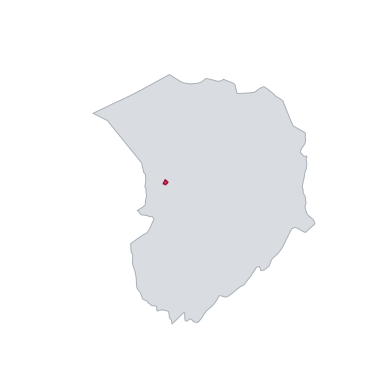 Ethiopia, with Harari People highlighted, rotated 207°
{"feature_id": "ETH-3136", "entity_name": "Harari People", "entity_type": "Administrative State", "adm_level": 1, "iso_a3": "ETH", "parent_name": "Ethiopia", "parent_adm1": "", "projection": "equal_earth", "projection_center": [42.189, 9.287], "detail": "fine", "context": "in_parent", "style": "filled", "palette": "rose", "viewbox_px": 384, "rotation_deg": 207, "n_neighbors": 0, "source": "natural_earth", "source_scale": "10m", "svg_char_len": 4148}
<svg xmlns="http://www.w3.org/2000/svg" viewBox="0 0 384 384"><g transform="rotate(207 192 192)"><path d="M105.4,273.0L105.2,272.6L103.7,271.1L102.4,269.0L101.5,266.7L100.7,264.9L100.4,260.7L99.4,258.2L98.4,255.0L96.9,249.1L96.3,247.0L95.1,245.6L93.9,244.3L92.6,241.7L89.2,239.4L87.9,237.5L85.7,234.4L85.1,232.8L85.0,231.2L84.3,229.7L83.1,228.1L79.2,224.5L78.1,224.0L76.7,223.6L74.6,223.3L71.9,222.5L69.5,221.1L68.4,220.1L68.2,219.4L68.4,218.2L69.3,216.2L71.0,211.6L72.2,208.3L72.9,207.4L75.1,207.2L77.3,207.3L78.9,207.5L81.3,207.5L84.0,207.3L85.1,206.2L86.0,205.0L86.4,204.2L86.5,202.1L86.5,200.4L86.4,194.0L86.3,190.0L86.3,185.5L86.3,184.6L86.3,183.5L87.0,178.7L87.7,175.9L88.1,174.5L89.9,169.9L90.3,168.4L90.3,167.1L89.7,161.0L90.9,158.1L92.4,155.2L93.6,154.0L94.7,153.2L95.2,153.5L96.4,154.8L98.0,156.1L98.7,155.8L99.8,154.7L100.6,153.5L100.5,151.3L101.3,146.9L101.2,144.4L102.0,141.2L102.9,136.7L103.3,133.9L103.8,132.4L106.1,129.3L108.1,124.9L109.4,121.7L111.9,116.5L113.1,114.6L114.1,113.8L115.6,113.2L118.3,112.8L120.3,112.3L120.6,111.6L120.8,110.6L120.8,108.2L121.2,104.2L122.1,100.3L123.2,97.3L123.7,96.0L124.4,94.7L125.1,92.5L126.1,87.7L126.1,84.5L127.4,78.6L127.7,78.5L130.0,77.4L132.1,77.3L134.2,78.0L135.6,78.2L136.3,77.8L136.8,76.9L137.4,75.3L138.3,74.4L139.4,74.2L141.0,76.0L143.5,80.8L144.1,81.0L144.5,80.9L145.8,77.1L146.8,74.2L148.7,68.6L149.8,65.5L150.7,66.4L151.7,68.0L152.8,68.8L154.0,69.2L154.5,69.3L155.2,69.9L157.8,73.9L158.7,74.8L159.8,74.9L164.9,73.6L167.9,71.3L168.4,70.4L169.2,70.4L170.2,71.4L170.6,72.4L171.2,73.7L172.4,73.9L175.3,72.9L176.7,72.4L177.9,72.9L179.4,73.2L180.3,73.2L182.6,74.5L185.3,74.1L186.6,74.2L187.9,74.7L190.1,76.8L192.9,79.3L196.9,81.0L197.7,81.8L199.6,84.6L202.6,90.0L206.6,95.2L210.9,99.4L213.2,102.2L214.7,105.7L216.2,108.9L217.8,110.2L219.2,111.3L220.7,113.7L221.8,115.8L223.2,118.1L221.6,121.2L219.5,125.4L216.9,130.3L216.2,131.5L214.0,134.5L213.6,135.3L213.2,137.5L213.1,141.4L213.4,146.3L213.7,150.9L214.9,151.5L216.3,151.8L217.9,151.2L219.7,150.7L222.1,150.4L224.7,149.5L226.2,148.7L227.8,148.8L229.2,149.6L229.9,150.3L230.9,150.5L232.2,150.5L231.9,151.4L231.2,152.6L230.3,153.9L229.6,155.2L227.9,158.9L227.8,159.4L228.0,160.1L229.0,161.8L229.9,164.5L230.5,167.0L230.9,168.2L232.0,169.6L233.7,172.4L234.6,174.3L236.5,175.3L237.1,177.8L238.5,181.4L240.0,184.2L241.5,186.5L243.1,187.3L243.7,187.4L247.2,191.5L249.8,194.7L250.4,195.2L255.1,197.3L260.5,199.7L264.8,201.6L270.3,204.0L275.7,206.4L280.8,208.7L288.0,211.9L293.8,214.5L298.3,216.6L299.3,217.2L315.8,217.2L311.8,222.5L307.2,228.5L302.4,234.8L299.3,238.8L294.3,245.3L290.2,250.6L286.0,256.5L282.2,261.8L277.2,269.1L274.0,273.9L268.9,281.3L265.7,286.0L265.3,286.3L260.7,285.9L256.3,285.6L250.6,285.1L250.0,285.1L248.3,285.6L247.3,286.0L243.2,287.3L242.5,287.6L239.1,289.6L235.7,292.0L233.8,293.8L232.4,296.4L231.8,298.3L231.2,299.1L230.1,299.9L222.9,301.6L220.8,301.9L217.4,303.3L215.6,305.7L215.1,306.9L212.6,306.8L208.4,307.2L206.6,307.6L205.7,307.7L204.1,307.6L202.7,307.2L201.8,306.6L200.7,305.1L198.3,302.1L196.5,300.3L192.6,302.4L189.0,304.5L184.0,307.5L181.2,309.7L180.3,311.9L178.1,315.8L176.1,318.2L175.4,318.5L170.9,318.0L169.3,317.5L166.7,317.1L163.1,316.2L160.7,315.3L158.1,315.2L154.3,314.9L152.0,314.2L149.7,312.0L146.7,309.4L143.6,306.7L140.4,303.9L136.6,300.7L132.5,297.2L131.5,296.8L131.1,296.8L126.6,296.6L122.0,296.4L118.8,296.3L117.8,295.9L117.1,295.1L116.2,292.5L114.9,290.7L113.6,288.3L113.5,285.1L113.9,281.7L114.2,280.5L114.0,279.4L114.1,277.8L113.3,276.4L108.7,274.7L108.0,274.8L107.2,275.4L106.4,275.9L105.7,275.5L105.4,274.8L105.3,273.8L105.4,273.0Z" fill="#d9dde1" stroke="#a8b0b8" stroke-width="1"/><path d="M221.2,186.3L221.5,186.8L221.5,187.0L221.4,187.6L221.4,187.8L221.4,188.1L221.2,188.6L221.2,188.8L221.3,189.3L221.4,189.6L221.5,190.1L221.4,190.5L221.1,190.7L220.9,190.6L220.4,190.0L220.2,190.0L219.9,190.1L219.7,190.2L219.5,190.3L219.4,190.2L219.1,189.8L219.0,189.7L218.6,189.8L218.3,189.9L218.1,189.8L218.0,189.3L218.1,188.6L218.3,188.0L218.8,186.9L219.1,186.4L219.4,186.4L219.7,186.7L220.1,186.8L220.5,186.6L220.9,186.4L221.2,186.3Z" fill="#f43f5e" stroke="#9f1239" stroke-width="1.5"/></g></svg>